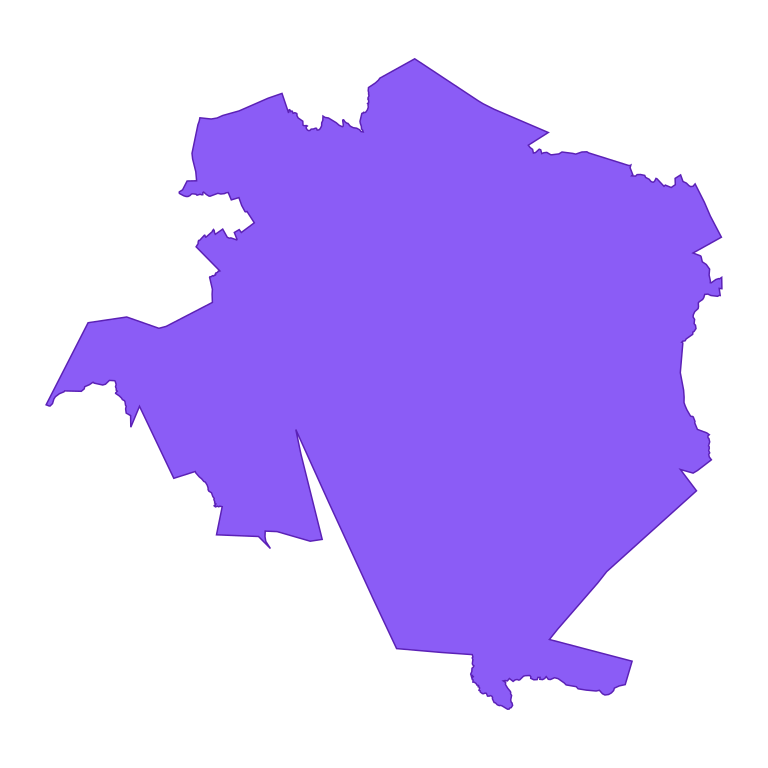 outline of Matamoros, Chihuahua, Mexico
{"feature_id": "50627088B2899062177537", "entity_name": "Matamoros", "entity_type": "district", "adm_level": 2, "iso_a3": "MEX", "parent_name": "Mexico", "parent_adm1": "Chihuahua", "projection": "orthographic", "projection_center": [-105.531, 26.712], "detail": "fine", "context": "isolated", "style": "filled", "palette": "violet", "viewbox_px": 768, "rotation_deg": 0, "n_neighbors": 0, "source": "geoboundaries", "source_scale": "gbopen_adm2", "svg_char_len": 6088}
<svg xmlns="http://www.w3.org/2000/svg" viewBox="0 0 768 768"><path d="M197.9,124.8L192.0,153.3L192.6,158.9L195.8,171.8L196.6,180.8L187.1,181.0L182.6,189.8L179.3,191.9L179.2,193.0L179.7,193.6L183.8,195.8L186.1,196.5L188.0,196.5L189.9,195.6L191.4,194.1L192.6,193.8L196.0,194.2L197.0,195.2L200.0,194.3L201.8,194.8L202.8,194.7L202.9,192.5L203.7,192.1L206.4,194.5L209.0,196.1L210.1,196.2L217.9,193.3L220.8,194.0L224.5,193.6L226.1,192.8L228.2,192.5L231.3,199.9L238.9,197.6L241.7,205.5L245.0,211.6L245.9,211.9L247.0,211.5L254.3,222.8L241.3,232.5L239.2,229.6L234.3,232.5L237.0,239.3L236.7,239.9L230.9,237.9L229.4,238.2L227.3,237.3L222.7,229.1L215.3,234.3L214.5,232.5L214.2,230.5L213.5,229.5L212.5,230.7L212.5,231.4L206.2,237.0L205.6,237.1L204.8,235.2L204.4,235.2L199.5,240.5L198.6,240.5L198.1,242.2L198.2,243.5L196.1,246.8L219.8,270.9L218.1,271.3L217.6,272.3L215.7,273.1L215.3,274.1L215.7,274.6L215.5,275.0L214.3,275.3L213.6,276.0L212.5,275.7L211.0,276.8L210.0,276.7L209.6,277.3L212.4,289.3L212.1,294.2L212.4,302.4L166.1,326.4L158.9,328.3L126.7,317.0L88.1,322.7L46.1,404.8L49.2,406.0L50.1,406.0L52.5,403.6L53.9,399.0L55.4,396.7L59.4,393.7L64.0,391.8L64.6,390.9L81.3,391.3L84.2,388.9L84.7,386.7L89.4,384.7L92.9,382.3L93.5,382.4L94.0,383.1L102.7,385.0L105.5,384.2L109.4,380.4L114.6,380.7L115.1,381.1L116.0,383.9L116.1,384.9L115.5,386.7L116.4,389.0L116.1,390.0L117.3,391.2L115.7,392.8L115.6,393.4L119.4,396.0L121.5,398.1L122.4,399.6L124.3,400.6L125.0,401.7L125.5,405.2L126.2,406.3L125.6,408.9L126.2,413.1L130.6,415.6L130.8,427.2L139.5,406.3L173.8,478.3L195.2,471.5L195.8,472.9L199.3,476.9L201.6,478.8L203.8,481.4L205.4,482.2L207.2,485.2L208.1,487.9L208.1,489.7L208.8,491.1L211.5,492.8L212.8,496.5L214.2,498.4L213.9,499.5L214.8,502.0L214.6,503.0L215.9,503.9L215.1,505.7L214.5,505.2L214.1,505.8L215.5,506.9L217.4,506.2L218.8,506.8L219.9,506.2L222.2,506.7L216.5,534.8L258.5,536.5L270.4,548.5L265.8,541.4L265.0,536.7L265.2,531.1L277.1,531.6L310.2,541.2L322.2,539.4L300.9,454.0L295.8,429.5L328.8,502.5L373.2,598.9L396.6,648.6L441.9,652.5L472.3,654.6L472.9,657.0L472.2,657.9L472.9,659.6L472.3,663.6L472.7,664.8L473.9,665.9L473.0,667.5L472.0,668.2L471.8,671.6L470.7,674.1L471.2,675.5L472.3,675.5L472.2,676.2L473.2,676.5L472.5,677.6L471.6,677.1L472.3,679.6L473.1,680.0L472.9,682.1L474.2,682.2L476.1,683.5L476.8,685.0L478.5,685.5L478.1,686.7L479.4,687.3L479.6,688.1L479.0,690.4L480.2,690.9L480.3,692.0L480.7,692.3L482.4,693.6L483.7,693.7L485.0,693.1L486.4,693.4L487.5,696.1L489.3,696.1L490.5,695.6L491.8,696.2L492.5,697.3L492.4,698.8L494.1,702.5L495.5,702.9L497.3,704.8L499.3,705.6L500.5,705.4L501.9,705.8L507.5,709.2L509.1,709.1L509.9,708.0L511.2,707.6L512.6,705.4L512.0,702.9L511.2,702.1L510.7,700.0L511.6,695.4L510.6,693.9L510.7,692.2L510.2,691.2L507.7,688.2L505.5,684.6L505.6,682.4L503.3,680.9L505.1,680.5L507.4,680.9L509.4,678.5L513.1,681.4L515.3,679.8L517.1,679.5L518.8,680.1L519.8,679.8L523.5,676.2L525.2,675.7L529.8,675.5L530.8,676.7L530.7,678.3L533.8,679.8L537.2,679.6L537.9,677.4L540.1,677.4L539.8,679.3L542.6,679.6L544.7,678.5L546.2,676.6L548.3,679.3L548.9,679.4L550.5,679.5L554.6,677.7L558.2,678.7L564.3,683.0L566.1,684.9L576.3,686.7L578.1,688.8L586.2,690.1L596.1,691.0L599.4,690.3L602.5,693.8L604.9,695.0L608.6,694.5L611.4,692.9L613.6,690.6L614.4,688.1L619.3,685.9L625.2,684.6L632.1,661.2L549.4,639.5L557.9,628.9L597.8,582.9L606.7,571.6L696.5,490.8L680.4,469.5L693.1,473.1L697.5,470.5L711.4,459.8L709.3,457.0L708.7,454.4L709.7,452.9L708.7,450.6L709.3,448.2L709.1,446.5L708.5,445.9L709.7,441.9L708.9,438.5L708.0,437.7L707.9,436.5L707.9,436.0L709.3,434.7L706.8,432.9L697.4,429.4L694.7,422.8L695.0,421.4L693.3,417.0L692.7,416.5L690.9,416.3L690.3,415.7L686.9,409.8L685.1,405.7L684.0,402.5L684.1,397.1L683.6,390.1L680.3,372.7L682.8,343.5L682.5,342.3L681.8,342.2L682.7,341.2L685.1,340.8L686.2,338.9L692.7,334.3L692.9,332.1L694.1,331.4L696.0,328.6L695.5,325.3L694.1,323.7L694.6,319.4L693.1,317.0L693.3,314.8L694.8,311.6L698.1,308.6L698.5,306.6L698.3,302.9L699.2,301.8L702.6,299.5L703.8,297.6L704.7,294.4L707.9,294.1L710.9,295.5L717.6,296.3L719.2,295.4L720.2,295.5L719.2,288.4L721.9,288.7L721.7,277.4L719.6,278.8L718.7,278.6L715.9,279.5L711.2,282.8L710.3,282.7L710.4,280.9L709.1,275.0L709.6,269.2L706.3,264.5L702.3,261.8L701.1,256.7L700.6,255.9L693.0,253.0L721.4,237.2L710.3,216.0L704.4,202.3L695.1,183.9L693.0,186.3L690.7,186.6L689.0,185.7L686.4,183.1L683.0,181.5L680.6,174.9L675.1,178.4L675.3,184.7L671.2,187.5L665.3,185.1L664.0,186.3L657.0,178.8L656.0,178.4L654.6,181.2L653.4,182.2L652.7,182.2L650.9,181.4L649.2,179.3L645.6,177.4L644.7,175.4L640.5,174.5L637.1,174.6L635.6,176.1L631.7,175.8L632.8,174.7L630.1,167.8L630.8,165.1L630.1,165.5L628.4,165.4L588.7,152.9L586.9,151.8L581.8,152.0L575.7,154.1L572.8,153.4L562.0,152.0L558.9,153.9L551.6,154.8L550.7,154.7L546.8,152.4L543.9,152.7L541.8,153.6L540.7,149.8L539.2,149.2L535.5,152.6L533.4,153.0L532.6,149.4L530.0,147.4L528.3,145.2L548.3,132.5L494.2,109.3L483.2,103.8L478.4,100.9L414.7,58.8L379.9,78.1L378.4,80.2L375.3,83.0L368.5,87.5L368.2,90.7L368.7,92.9L368.5,94.0L368.9,95.1L368.8,96.2L367.9,98.1L368.4,98.8L368.0,99.4L368.5,100.0L368.7,102.3L367.6,103.6L368.4,104.0L368.0,104.9L368.3,107.2L367.3,110.0L365.7,112.2L364.9,112.6L363.6,112.3L363.0,113.2L362.3,113.1L361.8,113.6L360.0,121.2L360.3,123.3L361.3,126.2L361.5,128.9L362.6,130.1L363.2,131.9L361.0,131.6L359.6,129.8L356.7,128.2L353.3,127.7L350.9,126.5L349.9,125.8L348.0,123.4L346.7,123.1L345.1,121.9L343.6,119.8L342.8,120.0L342.7,120.5L343.3,125.1L342.9,126.5L342.2,126.7L339.2,125.3L336.2,122.7L328.5,118.0L325.0,117.4L323.0,116.1L322.8,120.4L321.7,122.8L321.6,125.9L320.1,128.8L318.8,129.9L317.2,130.1L316.5,128.3L315.4,128.2L313.4,129.0L311.2,129.1L309.9,130.5L308.5,130.6L307.4,130.0L306.2,128.2L306.2,126.9L307.3,126.0L306.7,125.6L304.0,125.7L303.0,125.1L302.8,121.2L298.1,117.9L296.9,115.5L297.0,114.0L296.6,113.4L294.8,112.7L293.1,113.3L292.3,111.2L291.6,111.1L290.9,111.6L289.7,109.7L289.1,109.9L288.7,112.3L288.4,112.4L282.0,93.4L268.1,98.2L239.1,110.9L222.7,115.5L217.1,118.0L211.2,119.0L199.9,117.8L199.2,121.2L197.9,124.8Z" fill="#8b5cf6" stroke="#5b21b6" stroke-width="1.5"/></svg>